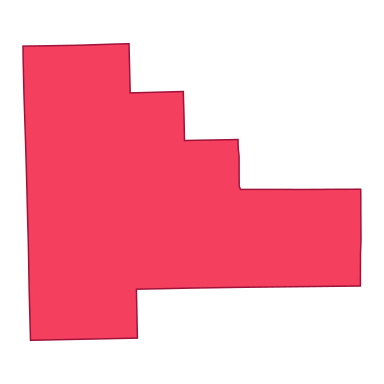 outline of Will, Illinois, United States of America
{"feature_id": "52423323B88111597470225", "entity_name": "Will", "entity_type": "district", "adm_level": 2, "iso_a3": "USA", "parent_name": "United States of America", "parent_adm1": "Illinois", "projection": "robinson", "projection_center": [-87.929, 41.465], "detail": "fine", "context": "isolated", "style": "filled", "palette": "rose", "viewbox_px": 384, "rotation_deg": 0, "n_neighbors": 0, "source": "geoboundaries", "source_scale": "gbopen_adm2", "svg_char_len": 701}
<svg xmlns="http://www.w3.org/2000/svg" viewBox="0 0 384 384"><path d="M27.0,193.2L27.0,193.4L27.6,217.9L28.3,242.4L29.2,291.4L30.5,340.3L137.4,338.1L136.4,289.2L162.1,288.7L190.0,288.1L241.8,287.3L360.4,286.0L360.5,253.5L361.0,239.5L360.8,208.7L360.8,198.5L360.7,189.3L360.7,189.2L345.9,189.3L337.1,189.3L302.1,189.5L301.7,189.5L281.3,189.4L240.5,189.4L239.2,186.1L239.1,173.0L239.1,156.7L238.2,147.8L238.0,139.5L229.0,139.7L184.5,140.5L184.0,116.0L183.3,91.5L130.2,92.9L129.8,76.9L129.6,68.3L129.3,57.1L129.0,43.7L113.8,44.1L89.1,44.9L74.9,45.3L51.1,45.7L48.4,45.8L23.0,46.1L23.2,62.3L24.0,95.8L24.8,119.9L25.6,144.3L26.1,160.8L27.0,193.2Z" fill="#f43f5e" stroke="#9f1239" stroke-width="1.5"/></svg>